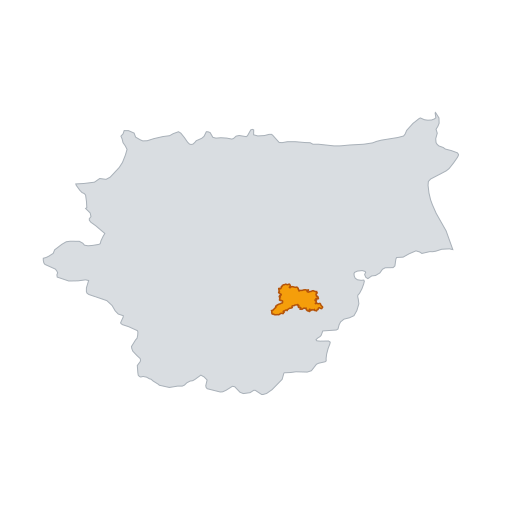 Vileyka, Minsk, Belarus (highlighted), rotated 174°
{"feature_id": "67162791B71807573158689", "entity_name": "Vileyka", "entity_type": "district", "adm_level": 2, "iso_a3": "BLR", "parent_name": "Belarus", "parent_adm1": "Minsk", "projection": "natural_earth1", "projection_center": [27.139, 54.501], "detail": "fine", "context": "in_parent", "style": "filled", "palette": "amber", "viewbox_px": 512, "rotation_deg": 174, "n_neighbors": 0, "source": "geoboundaries", "source_scale": "gbopen_adm2", "svg_char_len": 9196}
<svg xmlns="http://www.w3.org/2000/svg" viewBox="0 0 512 512"><g transform="rotate(174 256 256)"><path d="M427.7,346.5L419.2,346.1L409.0,346.3L403.3,349.4L397.1,347.9L392.7,349.7L382.8,358.3L379.0,363.0L375.3,370.1L373.1,375.5L374.5,379.2L376.4,382.6L376.9,386.4L377.8,389.3L375.4,391.4L374.0,394.5L369.7,394.0L364.4,391.0L363.3,386.8L359.2,383.8L356.6,382.3L352.2,382.0L345.3,383.4L336.2,384.5L329.3,384.7L325.6,386.3L320.1,387.7L317.9,386.0L314.8,381.2L312.2,376.4L310.5,374.3L309.0,373.7L307.1,373.8L305.0,375.3L303.4,376.9L297.7,378.7L295.2,380.4L292.4,384.8L290.6,384.5L288.7,383.5L286.5,378.5L283.5,377.4L278.6,377.3L272.7,376.3L267.8,374.8L266.1,375.2L263.2,377.3L260.1,377.6L253.2,375.7L251.9,376.5L248.0,382.0L246.2,382.3L245.1,381.6L245.7,376.8L241.7,375.2L235.0,374.9L230.3,375.6L228.0,375.4L226.9,374.5L221.1,366.5L218.1,366.0L212.6,366.4L204.6,365.5L195.4,363.7L190.3,363.0L187.7,361.2L182.0,360.6L166.7,357.3L160.4,356.7L151.2,356.6L137.2,355.9L128.3,356.3L124.1,357.4L119.3,358.1L102.7,359.0L96.7,359.9L95.0,361.6L93.0,365.2L86.0,371.5L79.3,375.7L78.1,376.1L74.2,373.9L71.0,373.1L67.2,372.9L64.4,373.6L62.7,374.6L62.9,379.5L62.5,380.0L59.6,374.2L60.0,368.9L61.6,365.9L63.7,363.2L62.9,359.2L65.0,353.9L65.1,350.0L64.3,348.3L62.7,346.4L58.4,344.3L56.6,342.6L50.7,340.4L45.0,337.6L44.0,335.9L44.3,334.7L45.4,333.0L49.9,327.8L54.8,322.8L57.9,320.8L74.3,314.3L76.8,312.1L77.5,308.3L77.4,300.6L76.5,293.6L75.3,288.8L72.4,279.7L64.3,261.1L59.6,241.8L62.9,242.9L70.6,243.3L76.7,242.0L79.9,241.8L82.7,242.2L90.8,241.2L92.8,242.9L96.4,244.4L103.5,242.2L109.8,239.5L116.3,239.8L117.2,238.4L118.9,231.6L120.9,230.1L128.7,230.8L131.6,229.6L134.6,226.2L139.2,224.1L143.0,224.1L147.1,221.8L149.0,223.3L149.9,226.2L148.6,228.4L149.2,229.3L151.9,230.4L156.7,230.4L159.7,229.4L160.4,228.2L160.4,225.8L159.7,223.6L157.7,221.8L153.9,220.8L151.3,220.8L150.9,219.6L151.8,217.0L154.1,212.3L157.0,208.0L158.8,206.4L159.1,204.9L158.8,202.4L158.7,197.7L161.4,191.2L164.8,186.4L169.5,184.8L175.1,184.0L178.7,181.7L180.5,179.0L182.1,174.8L183.9,174.0L197.4,174.5L199.5,170.3L200.7,169.2L203.3,167.9L205.1,166.5L204.4,165.3L201.0,164.6L192.8,163.9L191.2,162.6L191.7,160.9L193.9,156.6L196.0,151.1L197.0,146.8L197.2,144.3L198.3,143.6L205.0,142.8L207.2,142.0L212.9,136.1L217.2,135.2L228.4,136.7L233.6,136.5L240.1,136.9L240.6,136.4L242.9,130.6L254.0,121.4L259.8,118.2L263.6,117.5L264.9,117.7L270.8,122.5L272.2,122.7L276.2,120.7L283.0,120.5L286.2,122.2L290.8,128.2L293.1,128.9L299.8,125.6L303.4,124.4L305.8,124.5L318.4,129.1L319.4,130.6L319.5,132.3L317.6,137.8L320.2,141.1L323.3,143.3L329.7,139.6L332.0,138.6L334.6,138.5L338.1,137.1L340.6,135.1L343.0,134.3L347.6,134.8L355.9,134.3L365.7,137.6L366.5,138.6L371.5,142.5L373.2,144.4L374.8,145.0L377.4,146.9L380.9,148.0L383.3,147.7L384.5,148.3L385.6,149.8L385.7,152.3L385.5,159.5L382.1,163.2L381.7,164.6L381.9,166.1L384.7,169.3L388.4,174.1L389.2,176.9L389.3,179.0L384.5,185.2L382.9,186.6L381.9,189.7L381.4,192.8L381.7,194.1L390.0,199.0L396.0,201.7L397.4,203.0L397.6,203.8L394.5,209.1L394.2,210.5L399.1,212.7L401.8,216.2L404.3,221.8L409.0,227.2L426.3,235.2L427.9,236.6L428.4,238.3L428.0,242.0L425.0,249.1L428.0,250.1L435.5,249.9L444.8,250.7L455.9,255.8L456.0,258.0L455.0,260.1L455.8,262.2L457.0,264.0L466.8,269.7L467.7,271.3L468.0,274.0L467.8,276.0L465.1,276.4L462.2,277.4L457.4,279.8L455.6,283.2L447.9,287.9L443.2,290.0L439.3,290.1L430.2,289.1L426.9,286.8L425.5,284.7L422.0,283.7L417.3,283.6L410.9,284.0L409.6,284.6L408.6,287.3L405.9,291.7L404.0,294.2L412.4,303.0L416.6,306.7L418.0,308.9L417.9,310.5L416.0,312.4L416.4,316.1L420.5,321.1L419.2,321.8L418.9,327.9L419.1,334.4L420.2,336.0L422.4,337.3L424.3,339.7L427.4,345.1L427.7,346.5Z" fill="#d9dde1" stroke="#a8b0b8" stroke-width="1"/><path d="M199.6,214.3L200.3,214.4L200.9,214.6L201.6,214.9L202.0,215.1L202.4,215.3L202.7,215.5L203.5,215.5L204.1,215.3L204.9,215.0L205.5,215.0L206.0,215.0L206.5,214.9L206.9,214.7L207.4,214.6L207.7,214.6L208.0,214.7L208.7,215.1L208.9,215.3L208.9,215.5L208.4,215.9L207.6,216.2L207.5,216.4L207.4,216.5L207.4,216.8L207.6,216.9L207.8,216.9L208.4,216.7L208.7,216.6L209.1,216.6L209.3,216.7L209.7,217.1L209.9,217.2L211.7,217.3L212.1,217.3L213.0,217.1L213.3,217.0L214.1,217.0L215.2,217.1L216.1,217.2L216.3,217.0L216.6,216.8L216.8,216.7L216.9,216.8L217.0,216.9L217.0,217.0L216.9,217.3L216.9,217.5L217.1,217.7L217.2,217.8L217.3,218.0L217.2,218.3L217.4,218.5L217.5,218.8L217.5,219.0L217.4,219.3L217.4,219.5L217.5,219.6L217.9,219.9L218.0,220.0L218.1,220.3L218.3,220.6L218.6,220.8L219.1,220.8L219.7,220.7L220.2,220.8L220.6,220.9L221.1,221.0L222.0,221.4L222.8,221.7L223.1,221.7L223.7,221.7L224.2,221.7L224.6,221.7L224.8,221.6L225.0,221.1L225.4,220.9L225.8,221.0L226.0,221.3L226.1,221.5L225.1,222.3L225.0,222.5L224.9,222.8L225.1,223.4L225.4,223.9L225.4,224.1L225.5,224.3L225.7,224.5L225.9,224.5L226.4,224.5L227.0,224.3L227.4,224.2L227.7,224.2L228.2,224.3L228.8,224.6L229.1,224.8L229.3,224.9L229.7,224.8L230.0,224.7L230.5,224.5L231.4,224.5L231.6,224.5L232.0,224.3L232.3,224.1L232.9,224.0L233.0,223.8L232.9,223.6L233.0,223.4L233.1,223.2L234.0,222.8L234.1,222.7L234.0,222.2L234.1,221.8L234.6,221.5L234.7,221.2L234.8,221.0L235.0,220.9L235.4,220.9L235.9,221.3L236.1,221.4L236.4,221.4L236.6,221.4L236.8,221.3L236.8,221.1L236.5,220.8L236.4,220.7L236.6,220.3L236.8,220.1L236.7,219.8L236.6,219.5L236.7,219.0L236.8,218.8L236.7,218.6L236.7,218.4L236.5,218.1L236.8,217.8L237.2,217.6L237.3,217.2L237.2,217.0L236.8,216.7L236.4,216.5L236.0,216.1L235.8,215.7L235.2,215.5L235.0,215.3L234.9,215.1L235.0,214.9L235.3,214.5L235.3,214.3L235.4,214.2L235.8,214.1L235.9,214.3L236.0,214.4L236.4,214.3L236.8,213.8L237.0,213.6L237.1,213.4L236.9,213.2L236.4,213.2L236.2,213.1L236.1,212.9L236.1,212.6L236.5,212.4L236.9,212.3L236.9,211.9L236.9,211.4L236.7,211.0L236.7,210.6L237.1,210.3L237.1,210.2L237.2,209.9L237.2,209.7L236.6,209.3L236.4,209.1L235.6,209.2L235.3,209.1L234.9,208.9L234.4,208.6L234.3,208.4L234.3,208.2L234.3,207.8L234.6,207.6L234.5,206.8L234.7,206.6L234.9,206.5L236.0,206.4L236.7,206.0L237.0,205.9L238.3,205.7L238.8,205.5L240.3,204.9L240.3,204.6L240.7,204.3L241.3,204.2L241.6,204.1L241.7,203.9L241.7,203.7L241.6,203.0L241.7,202.8L241.8,202.6L242.1,202.5L242.7,202.2L243.0,201.8L243.7,201.3L244.1,201.0L244.4,200.8L244.6,200.5L244.8,200.3L245.4,200.2L246.2,200.1L246.1,199.8L246.1,198.3L246.3,197.8L246.1,197.1L246.0,196.7L245.7,196.5L244.7,196.4L244.4,196.3L244.4,196.1L244.2,195.9L243.8,195.7L242.7,195.5L240.2,195.4L239.7,195.2L238.6,195.5L238.4,195.6L238.2,195.9L238.1,196.1L237.8,196.2L237.5,196.3L236.6,196.3L235.9,196.2L235.6,196.2L235.4,195.9L235.0,195.9L234.9,196.0L234.7,196.5L234.0,197.0L233.9,197.1L234.0,197.5L234.6,197.8L234.7,198.0L234.5,198.3L234.3,198.4L234.0,198.4L233.9,198.4L233.3,198.4L233.0,198.5L232.8,198.7L232.6,198.9L231.6,199.2L231.2,199.1L231.0,198.7L230.9,198.5L230.7,198.5L230.3,199.3L230.2,199.4L229.6,199.7L228.2,200.5L226.8,200.5L225.9,200.7L225.6,200.8L225.4,200.9L225.3,201.0L225.4,201.4L225.6,201.5L225.5,202.0L225.3,202.2L225.3,202.4L225.1,202.6L224.7,202.7L224.0,202.7L223.6,202.6L223.3,202.6L223.1,202.7L222.8,203.0L222.4,203.1L221.0,203.2L220.3,203.1L219.8,203.4L219.4,203.3L219.3,203.1L219.3,202.9L219.4,202.6L219.5,202.4L219.5,202.2L219.4,202.1L218.8,202.1L218.6,202.1L218.6,201.9L218.8,201.7L219.1,201.4L219.2,201.2L219.2,200.8L219.1,200.6L218.8,200.3L218.2,200.3L217.3,200.2L217.0,200.0L216.9,199.7L216.8,199.4L216.8,199.2L217.0,199.1L217.7,198.8L217.8,198.6L217.7,198.5L217.5,198.4L216.6,198.5L216.1,198.2L215.9,198.2L215.7,198.2L215.5,198.4L214.8,198.7L214.5,198.8L214.3,199.0L214.0,199.1L213.3,199.1L213.1,199.0L212.8,198.8L212.6,198.7L212.4,198.7L211.9,198.9L211.7,198.9L211.7,198.3L211.7,198.1L211.5,197.7L211.5,197.4L211.4,197.0L210.8,196.8L210.7,196.5L210.7,196.3L210.6,196.1L209.5,195.9L209.4,195.8L209.2,195.5L208.9,195.3L208.8,195.2L208.4,195.3L208.4,195.5L208.7,195.8L209.0,196.2L208.9,196.6L208.5,197.2L208.4,197.3L208.1,197.5L207.9,197.4L207.7,196.5L207.7,196.4L207.6,196.2L207.2,196.1L206.9,196.2L206.6,196.4L206.4,196.7L206.1,196.8L205.9,196.8L205.7,196.8L205.5,196.5L205.3,196.4L204.9,196.3L204.2,196.4L203.9,196.6L203.6,196.7L203.5,196.1L203.4,195.8L203.2,195.6L202.6,195.6L202.2,195.4L202.0,195.2L201.8,195.1L201.5,195.1L201.3,195.3L200.9,196.0L200.7,196.3L199.9,196.3L199.8,196.5L199.6,197.1L199.5,197.3L199.4,197.6L199.1,197.8L198.6,197.9L198.2,197.9L197.8,197.6L197.6,197.3L197.2,197.1L196.5,196.9L196.2,196.8L195.8,197.3L195.4,197.7L195.1,198.1L195.2,198.6L195.7,199.1L196.0,199.5L196.4,200.1L196.7,200.7L196.8,201.2L196.9,201.6L197.2,202.0L197.4,202.2L197.7,202.2L199.0,202.0L199.5,202.1L199.8,202.4L200.2,202.7L200.9,202.7L201.0,202.5L201.3,202.4L201.8,202.4L201.9,202.7L201.6,202.9L201.0,203.3L201.0,203.6L200.9,204.0L200.9,204.4L201.1,204.9L201.5,205.1L201.8,205.5L201.9,205.9L201.4,205.9L200.9,205.7L200.4,205.9L200.4,206.4L200.8,207.0L200.8,207.4L200.3,207.5L199.8,207.2L199.3,207.0L198.8,206.9L198.4,207.1L198.4,207.4L198.6,207.8L198.7,208.1L198.5,208.5L198.6,208.8L198.9,209.0L199.0,209.3L199.2,209.5L199.6,209.4L200.0,209.6L200.1,209.9L200.0,210.5L200.3,210.9L200.4,211.3L200.3,211.9L199.8,212.1L199.5,212.6L199.1,212.8L199.1,213.2L199.6,213.4L199.8,213.6L199.8,214.0L199.6,214.3Z" fill="#f59e0b" stroke="#b45309" stroke-width="1.5"/></g></svg>